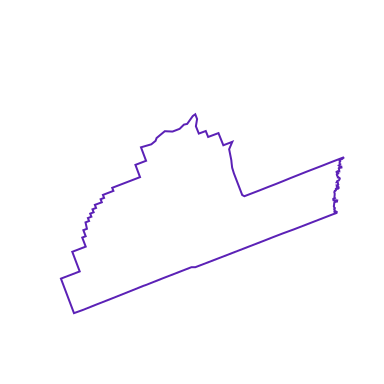 Carbon, Montana, United States of America (Robinson projection), rotated 339°
{"feature_id": "52423323B43555697098429", "entity_name": "Carbon", "entity_type": "district", "adm_level": 2, "iso_a3": "USA", "parent_name": "United States of America", "parent_adm1": "Montana", "projection": "robinson", "projection_center": [-108.599, 45.319], "detail": "fine", "context": "isolated", "style": "outline", "palette": "violet", "viewbox_px": 384, "rotation_deg": 339, "n_neighbors": 0, "source": "geoboundaries", "source_scale": "gbopen_adm2", "svg_char_len": 2268}
<svg xmlns="http://www.w3.org/2000/svg" viewBox="0 0 384 384"><g transform="rotate(339 192 192)"><path d="M38.4,262.8L47.1,263.0L62.9,262.8L79.1,262.7L113.2,262.2L115.1,262.3L134.4,262.1L135.5,262.1L164.5,262.0L168.2,263.4L172.0,263.4L192.3,263.4L240.7,263.3L251.9,263.2L259.7,263.2L262.0,263.2L273.8,263.4L315.4,263.3L319.4,263.4L319.8,262.9L320.0,262.4L319.4,261.8L318.6,261.9L317.9,261.8L318.0,261.0L318.7,260.3L318.7,259.6L318.6,259.0L319.1,258.9L319.6,258.2L319.3,257.6L319.3,256.1L320.2,254.6L320.9,253.1L322.1,252.6L323.2,252.7L323.9,252.9L324.5,251.9L323.5,251.3L322.2,251.3L321.1,250.6L321.1,249.9L321.5,249.0L322.3,249.1L323.3,248.9L323.0,248.1L323.9,246.3L324.6,244.8L324.8,243.1L325.7,242.1L326.2,242.3L327.1,241.8L327.4,240.6L328.4,240.3L328.4,240.7L329.2,241.3L330.3,240.9L330.6,240.0L330.0,238.9L329.2,238.5L329.4,237.7L330.3,238.2L331.2,237.5L331.1,236.8L331.5,235.8L331.1,234.9L330.6,234.7L331.6,233.8L333.0,233.9L334.4,232.9L334.8,232.3L334.7,231.6L334.2,231.3L333.4,230.7L333.8,230.1L333.3,228.8L333.5,227.4L334.2,227.2L335.1,227.1L335.0,226.3L334.2,225.8L334.1,225.1L334.7,224.9L335.5,224.8L335.9,225.3L336.9,225.6L337.1,224.9L337.5,223.2L337.5,222.4L338.4,221.9L339.3,222.6L340.3,222.7L340.5,221.8L339.7,221.5L338.9,220.6L338.6,219.9L339.1,219.9L340.3,219.2L339.9,218.7L340.5,217.0L341.3,216.5L341.1,215.4L340.9,215.0L342.3,215.0L343.9,215.0L345.6,214.4L345.5,214.0L341.2,214.0L333.2,214.0L322.9,214.1L311.9,214.1L305.9,214.1L298.2,214.2L288.8,214.3L280.4,214.5L273.3,214.6L268.0,214.6L264.8,214.6L255.7,214.7L245.0,214.7L240.6,214.7L239.4,214.7L237.8,212.8L237.8,211.1L237.8,198.8L237.8,189.6L238.2,183.7L239.2,179.7L240.1,176.4L242.0,165.4L246.5,160.7L247.6,159.6L238.0,159.6L237.8,146.5L226.8,146.4L226.7,140.0L219.3,139.9L219.2,132.0L222.9,125.7L222.9,120.6L219.9,121.4L211.9,126.7L208.6,126.2L203.1,128.6L195.5,128.6L188.4,125.5L178.3,128.9L176.3,131.2L171.1,132.9L160.4,132.0L160.3,146.4L148.9,146.4L148.8,159.5L119.0,159.5L119.0,162.8L107.8,162.8L107.8,166.0L104.1,166.0L104.1,169.3L96.7,169.2L96.7,172.5L92.9,172.5L92.9,175.7L89.2,175.7L89.2,179.0L85.5,179.0L85.5,182.2L81.7,182.2L80.7,188.7L76.9,188.7L76.9,195.2L73.2,195.2L73.2,204.9L58.8,204.9L58.7,225.9L38.6,225.9L38.4,262.8Z" fill="none" stroke="#5b21b6" stroke-width="2"/></g></svg>